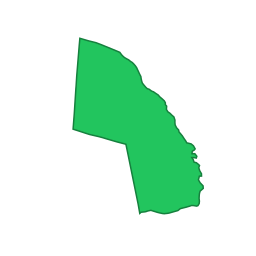 the district of Alto Piquiri, Paraná, Brazil, rotated 331°
{"feature_id": "56859067B25511421043506", "entity_name": "Alto Piquiri", "entity_type": "district", "adm_level": 2, "iso_a3": "BRA", "parent_name": "Brazil", "parent_adm1": "Paraná", "projection": "equal_earth", "projection_center": [-53.368, -24.091], "detail": "fine", "context": "isolated", "style": "filled", "palette": "green", "viewbox_px": 256, "rotation_deg": 331, "n_neighbors": 0, "source": "geoboundaries", "source_scale": "gbopen_adm2", "svg_char_len": 1622}
<svg xmlns="http://www.w3.org/2000/svg" viewBox="0 0 256 256"><g transform="rotate(331 128 128)"><path d="M172.4,127.6L172.0,125.7L172.9,124.0L172.9,121.9L172.0,119.1L170.9,116.2L170.4,113.7L169.2,111.5L167.9,108.8L166.5,107.1L165.3,104.4L163.9,102.9L163.3,101.0L162.7,98.0L162.3,95.6L162.8,93.3L163.4,91.3L164.2,89.2L164.3,86.0L164.5,83.6L164.6,81.8L164.8,79.5L164.6,77.3L164.1,74.9L163.5,72.8L162.5,71.0L161.6,68.7L160.4,66.9L159.1,64.7L158.4,62.8L157.9,60.9L157.5,57.8L145.2,42.4L141.3,37.8L135.6,32.5L129.4,26.2L127.5,29.0L125.4,32.1L108.4,57.6L103.1,65.9L101.5,68.3L88.1,89.2L79.4,102.4L82.8,106.0L87.9,111.5L91.2,115.0L98.3,121.4L101.3,124.3L103.6,126.7L111.2,134.4L118.3,141.2L114.8,152.4L100.0,199.4L96.9,208.4L98.6,208.0L102.1,209.5L103.4,209.9L104.9,210.1L108.1,211.1L112.8,216.0L114.4,217.5L116.7,219.5L118.1,220.5L121.2,221.8L123.0,222.4L126.1,223.1L131.6,224.4L134.7,223.9L140.3,225.4L144.3,226.3L146.1,226.6L147.7,227.6L150.2,229.6L151.5,229.8L153.6,228.6L155.0,226.6L156.0,224.1L157.5,221.7L158.6,220.1L160.4,218.2L162.2,217.8L164.5,217.3L165.6,215.0L164.5,210.7L164.5,207.4L167.1,204.7L169.0,205.7L170.1,203.6L170.0,200.2L170.6,197.1L172.4,195.4L171.7,193.3L170.9,191.4L169.2,189.9L169.7,187.4L169.5,184.8L171.4,185.9L173.1,187.4L174.5,186.1L174.0,182.9L171.5,181.5L172.9,179.5L175.3,179.4L176.6,178.8L176.6,175.3L175.5,172.5L173.7,170.8L172.2,169.5L172.2,167.2L171.9,164.5L171.7,161.3L171.1,158.0L170.7,156.3L171.3,154.2L170.6,151.5L170.7,148.2L171.7,145.9L172.9,143.8L173.5,140.5L172.6,138.1L171.9,135.6L170.7,133.1L170.6,130.4L172.4,127.6Z" fill="#22c55e" stroke="#15803d" stroke-width="1.5"/></g></svg>